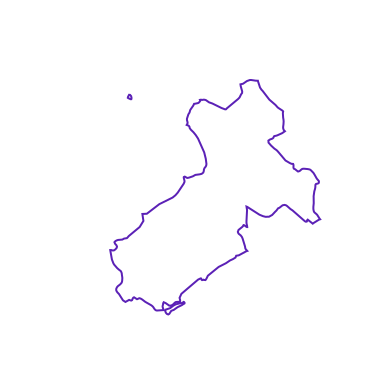 the border of Jawa Tengah, rotated 313°
{"feature_id": "IDN-1224", "entity_name": "Jawa Tengah", "entity_type": "Province", "adm_level": 1, "iso_a3": "IDN", "parent_name": "Indonesia", "parent_adm1": "", "projection": "natural_earth1", "projection_center": [110.164, -7.029], "detail": "fine", "context": "isolated", "style": "outline", "palette": "violet", "viewbox_px": 384, "rotation_deg": 313, "n_neighbors": 0, "source": "natural_earth", "source_scale": "10m", "svg_char_len": 4478}
<svg xmlns="http://www.w3.org/2000/svg" viewBox="0 0 384 384"><g transform="rotate(313 192 192)"><path d="M93.8,171.8L94.5,172.6L95.1,173.8L96.0,174.7L97.8,175.1L99.8,175.0L100.9,174.4L101.5,173.1L101.7,171.0L102.4,169.5L104.0,169.5L105.6,170.1L106.6,170.7L109.7,173.5L111.6,174.1L113.8,175.8L114.4,175.9L116.6,175.8L130.7,177.6L137.7,176.2L142.1,170.7L145.3,173.8L160.9,176.4L174.7,181.6L178.3,182.1L181.8,182.0L192.3,180.3L194.3,179.6L195.2,178.7L195.5,178.2L196.8,176.2L197.4,175.8L198.3,176.2L198.6,177.1L198.7,178.1L199.1,179.0L200.3,179.9L204.0,181.9L206.8,182.8L210.2,185.6L211.9,186.7L213.9,187.0L215.4,186.3L216.7,185.3L218.2,184.8L220.0,184.7L221.3,184.2L222.4,183.4L225.7,179.4L229.3,173.9L235.2,160.0L236.2,155.9L236.7,152.3L236.8,148.5L237.2,146.7L238.0,145.6L238.2,144.4L237.4,142.4L239.0,142.0L239.9,141.3L241.2,139.2L242.2,138.3L246.3,136.4L248.4,136.0L249.2,135.6L250.5,134.9L251.2,134.7L256.1,134.0L257.9,133.4L258.6,134.0L260.9,135.6L261.7,136.0L263.3,136.0L264.2,135.9L264.5,135.7L264.8,135.0L265.5,135.5L266.1,136.3L266.2,136.6L267.3,137.4L268.1,138.3L268.7,139.6L269.2,143.3L270.6,146.5L273.6,156.4L275.0,159.8L275.6,160.4L276.1,160.5L276.6,160.4L291.6,162.3L293.6,162.3L296.9,161.3L298.6,161.1L299.8,160.1L302.6,155.5L303.8,154.0L306.0,155.5L310.6,156.5L313.3,157.9L314.2,158.8L316.9,162.7L318.3,164.3L318.0,164.7L314.8,170.5L314.2,173.0L314.1,174.7L312.7,183.1L312.3,185.6L312.6,193.7L312.3,196.9L312.4,198.0L313.1,202.0L313.2,203.0L313.1,203.7L311.7,204.6L308.5,208.0L307.2,209.7L306.1,210.9L303.8,212.8L302.1,214.0L301.5,214.5L301.1,214.9L300.6,215.5L300.0,216.6L299.8,217.3L299.8,218.5L296.5,217.8L291.5,215.7L290.3,215.0L289.2,214.2L288.6,214.0L288.0,214.2L287.3,214.5L286.4,214.5L285.2,214.1L283.8,213.3L281.7,212.8L280.3,214.3L279.9,218.2L279.9,222.6L280.3,225.4L280.2,227.2L278.8,238.9L279.9,243.9L280.5,245.6L281.5,246.8L281.0,247.8L279.0,249.6L278.6,250.4L278.6,251.0L278.9,251.6L279.0,252.3L279.1,254.0L279.3,255.6L280.7,256.4L283.5,256.7L284.4,257.1L285.3,257.9L287.4,260.6L288.2,261.8L288.8,262.8L289.0,264.2L288.8,267.8L288.2,270.0L286.9,274.1L286.5,277.3L286.0,277.9L285.2,278.5L284.3,278.4L283.6,278.0L282.9,277.5L282.3,277.2L281.4,277.4L279.4,279.1L278.1,279.9L275.9,281.0L271.9,283.8L266.8,288.7L263.9,290.9L262.3,292.4L261.1,294.0L260.7,294.9L260.6,295.6L260.7,297.7L260.7,298.5L260.7,299.0L259.5,303.6L259.4,304.3L258.3,303.7L251.6,301.9L251.2,301.9L250.7,295.5L250.3,295.5L249.7,295.5L249.2,296.0L248.6,296.1L247.9,295.5L247.6,294.5L247.1,278.1L246.7,275.6L246.6,271.2L246.5,270.2L246.2,269.4L245.6,268.4L244.0,267.3L240.1,266.7L238.8,266.1L235.9,266.4L234.3,266.3L229.9,266.3L226.5,265.2L224.0,262.7L222.7,260.3L221.4,256.8L218.8,242.6L218.5,241.8L216.3,244.6L207.5,252.0L206.3,253.2L204.7,255.5L204.0,256.3L203.8,256.1L203.6,255.3L203.3,252.8L203.0,252.3L202.5,252.3L202.1,252.5L201.6,252.6L200.9,252.6L196.0,251.9L194.1,252.7L193.6,253.6L193.3,254.7L193.5,257.2L193.2,259.0L192.5,260.7L188.4,267.8L187.1,269.5L186.8,270.4L186.6,272.6L185.9,272.2L177.6,269.4L175.5,267.8L173.7,268.5L170.8,267.7L167.9,266.5L163.1,265.4L155.4,262.6L141.6,260.7L138.4,261.7L136.8,261.9L136.0,261.0L135.8,260.3L135.3,260.1L134.8,259.8L134.4,259.4L134.4,258.8L135.0,257.8L134.9,257.4L134.4,257.1L132.1,256.2L118.3,254.6L110.3,253.7L106.1,255.1L105.0,256.8L104.0,257.9L103.5,258.0L101.0,255.6L100.2,255.1L99.2,254.9L97.4,254.9L95.7,254.6L94.4,253.9L93.4,252.9L92.8,248.6L92.1,246.5L90.9,246.8L90.4,247.3L88.4,248.4L87.8,249.1L86.7,251.0L86.1,251.6L81.4,247.2L81.1,246.7L80.8,246.0L80.8,244.7L81.0,243.7L81.4,242.2L81.5,241.0L81.4,239.6L79.8,232.8L79.4,228.8L79.1,227.4L78.8,226.6L78.4,225.9L77.5,225.5L76.7,225.2L76.1,224.9L75.7,222.8L75.5,221.5L75.0,221.2L74.0,221.2L72.1,221.9L71.3,221.7L70.8,221.0L70.2,219.6L68.3,219.0L66.2,218.3L65.7,215.4L67.6,208.1L67.7,206.0L68.0,204.6L68.6,203.4L69.6,202.6L71.1,202.1L72.5,202.0L75.6,202.5L77.7,202.4L78.6,202.0L79.4,201.5L81.6,199.7L82.6,198.5L83.7,197.1L84.6,196.1L85.2,195.0L85.6,193.7L85.4,192.0L85.3,189.3L85.8,184.6L86.2,183.2L88.0,179.5L93.6,172.0L93.8,171.8ZM103.9,260.4L104.2,260.8L105.8,260.7L106.1,261.3L105.8,262.3L105.2,262.5L104.4,262.2L102.3,261.7L97.9,260.0L93.1,259.0L92.1,258.4L90.8,257.9L87.4,258.5L86.2,258.1L85.7,256.7L85.9,255.1L86.7,253.6L87.9,252.9L92.1,255.2L96.3,255.9L98.9,256.8L103.2,259.6L103.9,260.4ZM218.0,80.3L220.2,79.7L220.8,80.5L220.6,82.1L219.5,83.7L218.5,84.3L217.9,83.7L217.6,82.5L217.2,81.6L217.1,80.8L218.0,80.3Z" fill="none" stroke="#5b21b6" stroke-width="2"/></g></svg>